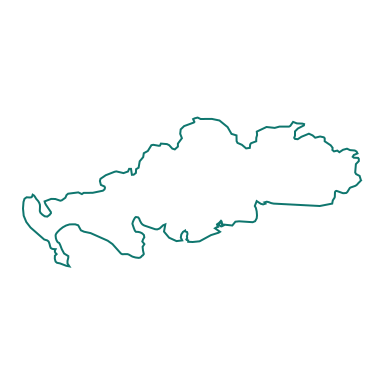 an SVG outline of Dumfries and Galloway
{"feature_id": "GBR-2138", "entity_name": "Dumfries and Galloway", "entity_type": "Unitary District", "adm_level": 1, "iso_a3": "GBR", "parent_name": "United Kingdom", "parent_adm1": "", "projection": "equal_earth", "projection_center": [-4.095, 55.048], "detail": "fine", "context": "isolated", "style": "outline", "palette": "teal", "viewbox_px": 384, "rotation_deg": 0, "n_neighbors": 0, "source": "natural_earth", "source_scale": "10m", "svg_char_len": 3975}
<svg xmlns="http://www.w3.org/2000/svg" viewBox="0 0 384 384"><path d="M361.0,180.4L357.8,183.7L357.3,184.4L356.2,185.3L355.2,185.9L350.6,187.5L349.8,188.0L347.4,191.9L346.8,192.5L346.1,193.0L343.7,193.2L342.7,193.1L337.2,191.1L336.3,190.9L335.6,191.2L335.0,192.1L334.8,196.8L334.6,197.6L332.8,200.4L332.2,203.6L319.8,206.0L273.6,203.6L271.2,203.1L268.9,202.2L266.8,201.7L264.7,202.3L265.1,202.6L265.3,202.8L265.6,203.6L263.1,204.4L260.8,203.8L256.7,201.1L254.8,206.0L255.9,208.0L256.7,211.5L257.0,215.4L256.7,218.3L255.1,221.2L252.7,222.2L239.1,221.3L235.4,221.7L232.3,225.5L222.0,224.4L222.3,225.3L223.0,225.7L221.6,226.4L220.6,226.2L219.6,225.5L218.9,224.4L220.5,222.1L221.2,222.4L222.0,223.2L221.7,221.9L221.5,221.3L221.0,220.8L219.2,222.8L217.0,224.4L217.7,226.2L218.0,226.9L217.0,227.1L215.0,228.3L220.0,231.8L218.6,232.7L211.0,235.1L199.6,241.3L192.7,242.0L188.2,241.8L188.2,240.4L187.6,240.2L187.1,240.1L186.6,239.9L186.3,239.4L186.7,238.9L187.1,238.3L187.2,238.1L186.9,236.3L187.5,233.9L187.1,232.1L185.2,231.4L185.1,230.6L183.0,231.9L181.3,234.5L180.8,237.6L182.2,240.4L176.5,241.1L169.1,237.7L164.0,231.6L165.3,224.4L163.1,225.3L159.6,228.5L157.2,229.4L155.1,229.2L144.2,225.5L142.5,224.5L141.3,223.2L139.9,220.6L139.2,218.7L138.2,217.4L135.9,217.0L135.0,217.7L133.9,219.6L132.9,221.8L132.4,223.8L133.8,228.0L134.9,230.7L135.9,231.8L138.2,231.9L140.3,232.4L142.1,233.3L143.9,235.0L144.3,237.3L143.1,239.3L142.3,241.5L144.4,244.1L142.6,246.8L143.0,250.5L143.8,254.0L142.8,255.4L142.0,255.8L141.3,256.7L140.3,257.5L138.8,257.9L135.5,257.5L132.4,256.6L128.7,254.5L127.3,254.1L122.2,254.2L120.9,253.5L112.5,244.1L107.7,240.7L90.6,233.1L84.0,231.7L80.9,230.3L78.2,225.3L75.1,224.3L69.6,224.4L66.1,225.5L62.8,227.3L59.9,229.6L57.7,231.8L56.4,233.4L55.8,234.5L55.6,235.4L55.7,236.7L55.9,238.3L56.6,240.4L57.7,242.2L59.2,243.0L60.2,245.0L61.8,249.2L64.1,253.5L68.3,256.1L68.3,257.7L67.5,260.9L67.5,262.6L67.5,263.5L69.4,266.4L66.3,265.8L60.0,263.4L57.0,262.8L55.6,261.6L54.8,258.7L54.9,255.8L56.6,254.1L55.5,253.0L54.9,251.8L54.9,250.5L55.6,249.2L52.9,249.0L51.7,248.6L50.7,247.9L50.1,246.3L49.5,243.8L48.6,241.5L47.2,240.4L44.2,239.5L30.5,227.5L26.3,222.0L23.7,215.7L23.0,208.5L23.5,202.0L24.5,198.8L26.6,197.3L29.7,197.5L31.3,197.3L32.0,196.7L32.7,194.7L34.1,195.6L35.5,197.6L36.0,198.6L38.2,201.1L39.2,202.8L39.9,204.7L40.0,206.7L39.8,211.0L40.4,212.7L42.3,214.6L44.7,216.3L47.3,216.6L49.9,214.6L50.3,213.9L50.9,213.3L50.9,212.1L45.8,204.6L45.0,202.9L44.6,201.4L51.2,198.9L55.3,199.0L60.3,200.7L61.8,200.3L65.4,197.7L66.5,195.1L68.1,193.7L78.3,192.4L81.9,194.1L83.6,192.9L92.7,192.8L102.9,190.7L104.5,189.4L105.0,187.8L104.5,186.5L100.9,184.9L99.9,181.0L100.5,178.8L105.8,175.2L114.5,171.8L116.3,171.4L123.5,173.1L126.6,172.0L128.0,171.5L129.1,168.9L131.0,168.9L131.9,174.8L133.7,174.7L135.9,172.9L136.1,169.2L138.6,167.7L139.7,161.3L143.2,157.1L143.8,153.2L147.8,151.0L151.4,145.2L153.2,144.8L159.0,145.8L160.0,145.6L160.9,143.6L167.0,144.1L169.2,145.2L172.3,148.6L174.8,149.4L177.9,146.6L177.9,143.6L181.9,138.2L180.2,133.8L180.7,129.4L184.1,126.1L193.9,122.5L194.4,121.9L193.1,119.1L194.5,118.4L196.7,117.8L197.7,117.6L200.6,119.0L211.8,118.9L219.5,120.5L227.6,127.1L231.5,133.9L236.5,135.4L236.6,141.1L237.5,142.9L241.9,144.8L246.1,148.4L249.8,147.9L250.2,144.4L251.1,143.2L256.2,141.3L256.3,137.8L257.1,135.0L256.8,131.6L266.5,127.0L274.7,127.9L279.5,126.6L289.0,126.6L290.3,125.9L293.1,121.9L296.9,123.4L302.3,123.6L304.1,124.1L303.9,125.4L297.9,128.5L295.0,131.4L295.0,135.7L294.2,137.8L295.0,138.9L297.7,139.2L301.4,136.8L308.9,133.7L312.6,135.4L315.2,137.7L320.1,136.5L323.8,137.3L324.7,138.3L324.7,141.3L330.7,145.3L332.6,147.8L332.4,150.0L334.0,151.4L337.3,150.6L339.4,152.2L343.0,149.8L347.0,148.7L350.0,150.1L354.8,150.5L356.6,151.6L357.5,153.4L353.8,155.0L352.7,156.8L353.8,157.7L358.1,157.9L358.8,158.9L358.8,161.1L355.9,164.1L355.2,172.5L356.1,174.1L359.6,175.9L360.9,180.2L360.9,180.3L361.0,180.4Z" fill="none" stroke="#0f766e" stroke-width="2"/></svg>